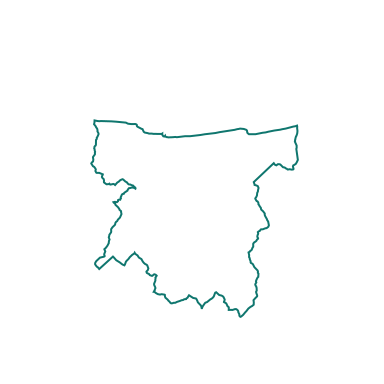 outline of Trujillo, La Libertad, Peru, rotated 131°
{"feature_id": "86281439B80561874516771", "entity_name": "Trujillo", "entity_type": "district", "adm_level": 2, "iso_a3": "PER", "parent_name": "Peru", "parent_adm1": "La Libertad", "projection": "albers", "projection_center": [-78.886, -8.084], "detail": "fine", "context": "isolated", "style": "outline", "palette": "teal", "viewbox_px": 384, "rotation_deg": 131, "n_neighbors": 0, "source": "geoboundaries", "source_scale": "gbopen_adm2", "svg_char_len": 6067}
<svg xmlns="http://www.w3.org/2000/svg" viewBox="0 0 384 384"><g transform="rotate(131 192 192)"><path d="M73.0,156.3L74.5,157.1L76.2,158.5L82.7,162.9L85.4,165.1L87.1,166.3L91.6,170.2L96.5,174.0L98.7,175.5L101.0,177.6L106.6,181.9L111.0,186.9L111.1,188.7L110.5,189.8L109.7,190.6L109.5,191.2L109.5,191.9L110.4,194.2L112.6,197.3L113.9,198.2L114.9,199.1L117.1,200.6L128.8,210.5L132.1,213.0L140.1,220.3L143.4,223.0L151.3,230.2L154.5,233.9L160.6,239.4L161.4,240.7L163.2,242.4L166.4,245.8L166.7,246.5L167.2,247.1L167.3,247.7L167.8,248.6L167.3,249.2L168.0,249.2L168.4,249.4L168.8,250.3L168.5,250.9L168.3,252.1L167.4,252.8L168.1,253.0L173.4,259.2L174.4,260.8L176.1,262.7L176.6,264.0L178.1,266.6L178.2,267.4L178.2,268.0L177.0,270.6L177.4,271.4L178.5,276.0L178.4,276.8L177.7,277.5L177.5,277.8L177.5,278.4L177.9,279.4L180.5,282.3L182.1,284.6L182.5,285.3L183.0,287.4L188.8,295.5L191.5,299.1L198.3,307.4L199.4,308.4L200.5,310.0L201.9,312.5L203.7,311.1L205.1,310.4L205.6,307.7L206.1,306.8L206.4,305.2L207.4,303.8L208.3,303.1L209.0,301.2L209.4,300.7L209.8,300.4L212.4,299.6L213.5,299.5L214.1,298.9L214.8,298.6L215.7,298.6L219.4,295.5L220.3,295.2L221.0,295.4L222.1,295.2L222.6,294.7L223.3,294.4L223.6,293.6L224.5,292.7L225.3,291.4L226.1,291.1L227.0,290.1L227.8,289.9L230.4,289.7L230.8,289.5L232.2,287.8L233.9,286.7L235.5,287.0L236.6,286.7L237.5,283.6L237.2,282.3L237.7,280.2L238.1,279.4L239.5,278.7L240.2,277.0L240.1,276.5L238.4,274.5L237.2,270.9L238.1,270.5L239.1,270.3L239.8,269.8L240.2,268.6L240.2,267.1L241.0,266.0L242.2,265.1L242.5,264.7L242.3,261.9L242.2,261.5L240.6,260.0L239.9,259.8L240.1,258.8L239.9,258.4L237.6,256.7L237.2,255.9L237.2,254.6L233.8,254.6L232.4,254.1L230.1,253.9L228.0,252.9L227.7,252.1L227.8,249.3L227.4,247.1L227.8,246.2L227.7,244.6L226.8,243.4L226.5,242.1L225.8,240.7L226.0,239.1L225.9,237.7L226.3,237.0L226.6,236.9L226.8,238.2L227.7,239.9L228.7,240.8L229.2,241.0L230.5,242.1L232.4,242.0L233.3,241.6L237.0,242.6L238.2,242.3L238.7,242.9L239.5,243.2L240.8,243.0L241.7,242.6L242.6,242.4L243.0,242.2L243.4,241.5L244.4,241.5L244.6,241.2L244.9,241.1L245.7,242.1L246.6,242.5L247.5,241.8L248.9,242.0L249.8,243.0L249.9,243.6L250.2,243.9L251.2,244.6L251.4,243.9L251.2,243.1L251.2,242.5L251.9,241.3L252.0,237.9L252.5,235.8L253.0,235.0L253.0,233.0L253.9,232.1L254.6,231.1L255.0,230.7L258.6,229.6L261.6,229.8L262.4,229.5L263.1,229.4L264.3,229.7L265.7,229.5L266.8,228.8L267.5,228.6L270.6,228.9L272.8,228.7L273.4,228.4L275.0,226.9L275.7,226.6L278.5,226.3L279.7,225.5L280.8,225.1L282.0,223.0L283.1,222.7L284.6,221.8L285.1,221.3L288.0,220.6L289.1,220.5L291.2,220.4L292.4,220.7L292.8,220.5L293.7,218.5L296.5,217.5L297.0,217.0L297.6,215.9L297.9,215.8L298.1,215.8L299.0,216.3L301.9,218.4L307.0,218.9L308.8,218.6L309.4,218.3L310.1,217.7L310.5,216.4L310.8,214.7L310.6,213.6L311.0,211.5L292.6,209.3L292.7,207.8L293.2,204.5L292.5,200.2L292.4,197.5L292.2,196.4L291.7,194.9L290.6,195.1L288.1,196.1L287.0,196.2L284.2,196.0L282.1,196.2L278.7,195.9L276.2,195.2L275.5,195.4L275.9,194.3L275.6,191.4L276.0,190.3L276.3,188.9L275.8,186.2L276.8,183.5L277.1,181.8L277.1,180.1L276.7,178.7L276.7,177.7L278.3,174.8L280.1,174.1L281.7,174.2L282.1,174.1L282.7,173.0L282.4,171.6L282.1,170.8L282.4,169.3L281.7,167.4L281.2,166.9L279.3,166.7L278.8,166.4L278.3,165.2L278.3,163.8L278.9,163.6L280.5,163.5L281.0,162.9L282.2,162.2L282.9,161.5L286.1,160.4L286.9,159.7L288.1,157.1L288.6,156.5L290.0,156.1L290.7,155.6L291.3,155.5L291.9,155.6L292.4,155.4L292.1,155.1L292.0,154.5L291.9,152.7L291.5,150.8L290.4,148.8L289.7,148.4L289.0,147.8L287.5,145.4L287.4,145.1L288.7,143.7L289.2,142.7L289.2,139.7L289.5,138.6L289.5,137.1L289.8,135.9L289.7,134.7L289.3,134.2L288.5,133.6L287.7,133.2L286.5,131.9L284.9,131.3L282.1,129.6L280.6,128.9L279.4,127.9L278.0,127.5L276.7,126.2L276.0,126.4L274.7,126.0L273.4,126.3L271.9,126.5L271.2,121.6L269.8,119.2L269.9,118.4L270.5,116.9L271.4,115.2L271.8,110.9L272.3,109.8L273.8,107.9L272.8,108.4L271.4,108.9L267.7,109.3L266.8,109.3L265.2,108.4L260.9,107.7L260.0,107.3L258.6,107.0L256.6,107.0L253.2,108.3L252.7,108.4L251.8,108.0L251.9,103.9L250.8,101.8L250.5,100.5L250.6,99.3L251.7,96.8L252.9,96.1L253.7,96.0L254.1,95.7L253.6,93.3L253.7,92.8L254.9,90.2L254.8,89.0L255.0,88.5L256.9,86.9L255.3,85.2L254.5,84.1L252.3,82.8L251.5,82.0L251.3,81.3L251.3,79.8L251.7,78.8L252.4,78.1L253.2,76.1L254.0,75.4L254.5,74.5L254.5,73.9L254.4,73.5L253.7,73.2L251.2,72.8L247.8,72.9L246.4,72.8L243.0,73.0L240.4,72.5L238.5,71.8L236.6,71.5L234.7,73.0L233.3,74.6L230.9,74.6L228.1,74.4L227.7,74.6L227.2,75.1L226.2,76.9L225.4,78.1L223.9,78.5L221.9,80.4L221.6,81.0L221.1,81.6L221.0,82.4L220.4,83.5L219.6,83.9L218.1,84.1L217.4,85.2L215.8,85.8L213.5,86.4L212.6,86.3L210.0,88.3L209.8,89.3L208.8,90.0L208.2,91.0L207.8,95.6L206.6,98.5L206.5,99.4L206.9,101.0L206.5,101.8L205.8,102.3L204.9,104.2L204.1,105.0L203.7,106.2L202.0,107.6L200.5,109.7L199.0,109.2L198.1,109.4L197.5,109.1L196.5,109.0L194.6,109.7L193.1,109.9L191.0,111.8L190.0,112.0L189.3,112.0L187.5,111.5L186.7,111.4L185.3,111.7L183.9,111.5L183.5,111.8L183.0,113.3L181.6,114.2L180.7,114.4L179.9,114.8L179.1,116.0L178.1,115.9L176.9,115.3L175.8,115.5L174.9,115.4L173.7,114.1L171.2,112.8L170.6,112.2L169.9,111.9L168.2,111.6L166.7,112.1L164.3,115.2L163.9,116.8L163.4,117.5L162.2,120.9L161.5,122.2L160.5,123.0L159.9,125.8L159.9,127.9L159.6,128.7L158.7,129.8L158.4,131.6L158.0,132.3L157.7,133.8L157.0,134.4L156.4,135.2L156.1,136.5L156.4,137.1L156.3,137.8L155.5,139.9L155.1,140.1L153.7,140.2L152.0,140.7L149.9,142.2L148.4,142.6L147.3,143.4L145.3,144.4L144.4,146.2L144.8,147.7L145.6,149.4L145.2,149.8L144.0,151.9L116.6,149.2L117.0,147.7L116.9,146.8L116.5,145.8L114.8,145.5L113.9,144.6L113.3,143.4L113.6,139.6L112.7,138.1L112.6,136.5L112.3,135.7L112.3,134.8L112.2,134.4L110.8,133.3L109.7,131.4L108.7,130.5L108.3,130.4L107.9,130.6L106.5,132.6L106.1,132.8L105.4,133.0L104.8,132.7L102.7,132.1L100.6,132.5L98.3,133.2L91.0,141.6L90.6,141.7L89.9,142.1L88.3,143.5L86.5,147.4L86.0,147.5L85.3,148.3L84.6,148.5L83.7,149.1L81.8,150.0L81.2,150.0L80.2,150.4L78.8,151.0L77.2,152.1L76.5,152.7L74.7,154.7L73.8,155.3L73.0,156.3Z" fill="none" stroke="#0f766e" stroke-width="2"/></g></svg>